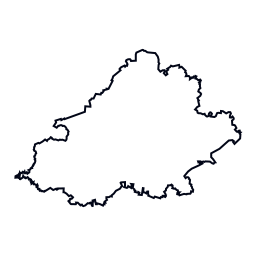 Lorica, Córdoba, Colombia (Albers equal-area conic projection)
{"feature_id": "7082276B90578297769705", "entity_name": "Lorica", "entity_type": "district", "adm_level": 2, "iso_a3": "COL", "parent_name": "Colombia", "parent_adm1": "Córdoba", "projection": "albers", "projection_center": [-75.946, 9.184], "detail": "fine", "context": "isolated", "style": "outline", "palette": "ink", "viewbox_px": 256, "rotation_deg": 0, "n_neighbors": 0, "source": "geoboundaries", "source_scale": "gbopen_adm2", "svg_char_len": 5822}
<svg xmlns="http://www.w3.org/2000/svg" viewBox="0 0 256 256"><path d="M240.1,138.5L240.4,134.5L239.6,133.6L240.6,132.5L239.0,132.1L239.8,131.0L239.7,130.6L238.9,130.7L237.1,131.8L236.7,131.6L234.9,129.6L236.4,128.0L235.2,125.7L234.6,125.1L232.3,124.8L232.0,120.6L233.6,119.2L233.7,118.2L232.5,116.5L231.2,117.6L229.9,117.4L229.9,115.8L230.9,113.4L230.3,112.2L228.5,112.1L226.2,113.4L222.9,111.2L221.0,111.0L220.9,113.1L218.3,112.8L217.1,113.1L215.8,116.2L214.4,117.0L210.5,116.5L210.4,115.7L211.6,114.6L211.9,113.7L211.0,112.6L210.2,112.3L209.0,113.5L208.5,116.0L207.3,116.5L206.6,116.4L205.1,115.0L204.6,113.8L202.9,114.3L200.7,113.3L198.4,113.2L197.6,112.7L197.2,110.7L195.1,109.5L197.2,107.0L199.4,105.9L198.3,101.4L198.2,100.4L198.7,100.3L197.4,98.1L200.3,95.8L201.1,94.0L200.5,93.0L198.3,91.5L198.9,89.5L200.4,88.1L199.9,86.4L200.0,84.7L199.3,84.0L200.0,83.0L199.1,82.4L200.5,81.0L200.1,80.6L200.7,80.3L200.3,79.6L198.2,80.2L197.1,79.1L195.4,78.5L196.4,76.4L195.5,76.0L195.3,76.8L193.8,76.5L193.5,77.1L192.4,77.3L192.7,77.8L191.6,78.0L189.9,79.2L190.0,77.4L188.8,76.0L185.8,76.2L186.5,74.5L186.1,73.0L185.1,72.2L185.7,70.8L181.6,66.8L179.4,67.6L179.5,66.5L179.1,64.9L172.8,66.4L171.0,65.7L170.2,66.9L167.2,68.8L168.1,69.8L166.2,71.4L167.4,74.1L165.8,75.3L163.8,73.2L164.9,71.2L164.6,70.2L162.6,70.3L160.4,71.7L158.3,69.2L158.6,64.9L159.3,63.5L158.5,62.4L158.6,59.6L157.8,56.6L155.3,53.1L148.1,52.4L147.1,52.2L145.4,50.9L143.9,50.8L143.4,50.1L142.4,49.9L136.4,52.6L135.8,54.4L135.8,60.7L131.0,61.0L130.6,59.8L130.0,59.2L128.1,59.3L126.4,60.1L125.9,61.2L127.2,63.4L127.5,64.3L127.1,65.6L126.6,65.3L125.1,66.7L124.5,65.6L121.2,67.2L119.6,68.8L119.6,69.3L120.5,70.3L113.2,76.3L112.4,78.9L111.5,80.3L112.6,80.9L108.5,88.9L106.7,88.7L106.8,89.4L103.3,90.3L103.6,91.2L102.3,92.9L101.3,92.8L100.7,94.5L95.8,93.9L93.6,98.5L91.6,98.5L91.0,99.7L90.1,100.0L89.3,100.9L90.4,105.2L90.4,106.7L85.3,106.3L84.9,111.8L64.7,119.1L64.4,118.5L61.3,120.1L60.9,118.9L55.5,120.6L56.1,122.5L53.7,126.0L56.7,127.7L58.3,125.8L58.9,125.9L60.3,125.2L61.7,125.2L62.6,126.0L63.9,125.8L65.3,126.7L66.5,128.5L66.4,129.3L67.5,129.8L68.6,131.6L68.1,132.3L68.2,134.5L66.6,136.6L66.6,138.9L66.2,140.0L65.4,140.8L62.5,139.7L60.9,139.9L59.9,139.6L58.4,140.4L55.5,139.4L54.0,139.7L52.1,138.7L51.8,137.8L50.8,137.2L49.5,138.7L47.6,139.8L47.0,140.9L45.1,139.5L42.6,141.5L39.4,143.4L38.4,142.9L35.0,144.4L34.7,146.6L34.1,147.1L34.1,149.5L33.8,149.7L34.2,150.7L35.7,151.5L36.2,153.3L35.5,154.0L35.1,155.7L34.2,156.3L34.5,157.7L35.3,158.9L34.7,159.5L35.4,160.9L34.9,162.6L34.0,163.6L34.2,163.8L33.1,165.1L33.4,165.3L32.9,166.2L31.6,167.6L31.9,168.1L30.7,168.3L30.3,169.4L28.8,170.0L29.4,170.4L29.3,172.3L27.4,173.7L26.8,172.2L25.5,173.2L24.9,172.9L24.6,171.7L24.1,172.6L23.8,171.9L22.7,172.3L22.2,173.5L22.1,172.5L21.6,173.0L20.5,172.8L20.7,173.3L20.2,173.7L19.8,172.9L19.6,173.9L19.1,173.7L18.8,174.1L19.2,174.3L19.2,175.1L19.8,175.2L19.7,175.8L18.5,175.8L17.9,176.4L17.4,175.8L16.9,176.5L16.6,175.6L15.5,176.2L15.4,177.7L17.6,177.5L18.8,178.0L19.7,177.7L19.9,179.1L20.3,179.2L22.9,177.4L23.2,175.9L24.4,177.4L25.0,177.4L25.0,177.9L25.8,178.3L27.6,177.1L28.3,177.8L28.8,179.3L29.6,178.9L30.2,179.3L30.3,179.9L30.7,179.4L31.0,179.6L31.0,180.5L31.4,180.6L31.5,181.3L31.7,181.1L32.0,181.3L31.3,181.6L31.0,182.7L31.6,183.2L31.6,183.7L33.4,182.4L33.2,183.3L33.6,184.0L34.0,183.6L35.2,184.6L36.3,184.7L37.1,185.4L37.4,184.9L37.7,185.7L36.4,186.2L36.5,187.0L37.4,186.9L37.9,188.9L38.6,188.8L38.7,189.3L39.5,189.1L39.8,190.7L40.9,190.4L41.4,191.2L42.5,191.0L43.2,191.5L44.5,191.0L44.6,191.4L50.3,187.9L53.2,190.0L55.9,188.8L56.9,189.7L57.8,189.1L57.7,188.5L63.7,188.4L63.5,192.2L64.2,192.2L66.6,193.7L68.9,196.1L70.8,195.3L73.0,197.3L72.1,198.5L70.4,198.8L70.6,199.3L69.0,200.6L69.3,201.0L68.6,201.3L70.4,203.6L71.0,204.1L75.8,204.2L76.4,203.1L76.2,202.6L77.8,202.7L80.2,205.1L80.4,204.7L82.0,204.7L82.1,205.4L83.3,206.1L85.3,205.4L87.7,203.2L90.0,203.5L90.0,202.8L91.0,202.5L92.1,203.9L91.8,205.3L92.3,206.0L92.7,205.9L92.7,201.9L93.2,201.7L92.7,200.5L95.0,199.8L95.9,204.2L96.7,204.2L96.6,203.2L100.2,204.2L103.0,205.6L103.6,204.3L103.9,204.3L103.7,204.0L104.1,203.0L104.5,203.2L104.5,202.5L105.3,202.6L104.8,201.5L107.0,199.9L106.4,198.7L106.4,197.2L109.1,197.1L110.3,196.3L111.8,196.5L111.7,195.3L113.8,193.6L115.9,190.8L120.0,188.7L121.2,186.8L122.2,186.2L120.6,182.8L121.0,182.4L125.0,182.1L125.0,185.8L124.3,187.1L126.9,187.9L127.6,187.5L128.2,186.1L131.1,187.9L131.7,184.6L131.3,184.0L133.4,184.2L132.7,187.9L134.4,189.4L134.4,190.4L135.3,190.7L134.9,191.9L138.3,192.8L138.4,192.1L139.4,192.7L138.7,194.7L141.8,195.0L142.9,188.1L143.5,188.2L143.1,192.4L144.7,192.4L146.3,193.4L147.2,191.5L148.1,191.5L148.1,194.1L148.7,195.3L148.4,195.7L153.8,198.0L154.8,196.6L160.3,198.3L160.8,197.1L162.4,197.1L162.6,195.8L165.3,195.8L164.6,196.7L165.2,197.0L165.9,196.1L165.8,195.1L165.3,193.6L164.1,191.8L165.9,190.4L166.0,188.8L167.7,186.9L168.0,185.4L170.3,185.3L171.5,184.6L172.2,185.2L171.8,185.4L172.8,187.2L172.3,188.2L174.2,188.8L175.1,188.4L176.5,189.9L177.9,190.4L177.9,192.2L179.4,192.3L178.8,192.8L178.9,193.2L177.3,193.2L177.2,194.2L179.2,194.7L179.5,195.3L184.0,193.9L186.6,194.3L186.9,193.9L190.3,193.7L190.9,192.8L191.1,191.3L192.9,191.7L193.2,189.8L192.1,188.2L192.0,187.0L191.1,185.9L191.4,184.6L189.6,183.7L190.0,179.9L189.0,179.0L189.2,178.4L188.2,177.3L186.8,177.2L185.6,178.1L184.3,176.1L188.1,171.5L191.7,168.7L198.9,165.4L203.4,163.0L200.1,164.6L200.5,163.7L199.9,163.8L199.7,163.1L200.7,162.4L200.0,161.8L199.4,162.2L198.7,161.6L198.3,162.0L198.1,161.4L200.6,161.4L201.8,162.2L203.2,161.5L204.5,161.9L205.3,161.4L209.9,161.6L212.4,163.4L213.6,163.7L214.5,162.5L215.3,162.4L213.1,159.2L211.2,157.2L211.2,153.3L219.5,148.8L228.8,140.5L232.4,140.1L233.9,141.2L233.1,142.0L234.5,143.9L240.1,138.5Z" fill="none" stroke="#020617" stroke-width="2"/></svg>